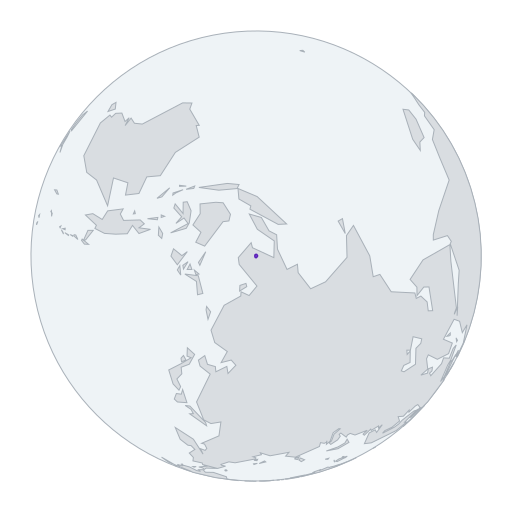 Kâmpóng Chhnang highlighted on a globe, orthographic projection, rotated 169°
{"feature_id": "KHM-1785", "entity_name": "Kâmpóng Chhnang", "entity_type": "Province", "adm_level": 1, "iso_a3": "KHM", "parent_name": "Cambodia", "parent_adm1": "", "projection": "orthographic", "projection_center": [104.594, 12.169], "detail": "fine", "context": "on_globe", "style": "filled", "palette": "violet", "viewbox_px": 512, "rotation_deg": 169, "n_neighbors": 0, "source": "natural_earth", "source_scale": "10m", "svg_char_len": 9750}
<svg xmlns="http://www.w3.org/2000/svg" viewBox="0 0 512 512"><g transform="rotate(169 256 256)"><circle cx="256" cy="256" r="225" fill="#eef3f6" stroke="#a8b0b8"/><path d="M465.5,328.4L465.1,330.0L465.5,328.4ZM359.6,55.9L360.1,56.4L368.2,61.2L360.7,57.0L381.1,70.2L387.1,76.6L375.7,66.7L371.1,63.8L372.9,66.4L368.5,64.1L366.9,64.3L361.5,61.6L355.3,56.8L351.6,55.1L353.2,57.2L348.7,56.3L347.0,53.4L339.1,51.7L327.2,45.0L327.0,42.3L315.9,38.8L338.1,46.2L359.6,55.9ZM375.1,65.6L373.5,64.2L376.5,66.4L375.1,65.6ZM367.6,64.8L369.5,66.1L367.8,65.7L367.6,64.8ZM358.1,61.4L354.9,60.7L357.1,60.5L358.1,61.4ZM352.4,59.8L344.8,59.1L348.2,61.5L334.3,54.8L345.3,57.3L347.4,56.4L348.9,58.2L352.4,59.8ZM327.8,51.5L325.0,50.8L326.7,50.7L327.8,51.5ZM310.2,37.3L303.4,35.8L302.4,35.7L298.6,34.8L310.2,37.3ZM287.3,32.9L286.4,32.8L284.9,32.6L284.6,32.5L287.3,32.9ZM291.4,33.5L292.9,33.8L290.2,33.3L294.7,34.1L289.9,33.4L287.3,32.9L291.4,33.5ZM274.1,31.5L273.8,31.4L274.1,31.5ZM287.5,33.2L295.5,34.4L295.8,34.5L287.5,33.2ZM271.8,31.3L273.0,31.4L271.2,31.2L271.8,31.3ZM282.5,32.5L285.3,32.8L285.6,32.9L282.5,32.5ZM273.1,31.5L271.6,31.3L273.7,31.4L273.1,31.5ZM277.3,31.9L277.0,32.0L275.4,31.6L278.5,32.0L277.3,31.9ZM282.3,32.5L283.3,32.7L281.1,32.4L282.3,32.5ZM266.0,31.4L263.5,30.9L268.2,31.1L270.0,31.5L266.0,31.4ZM77.8,118.2L77.6,119.1L76.2,121.5L69.3,130.6L62.0,148.2L68.1,141.4L68.6,153.1L73.6,156.1L87.9,138.5L79.9,133.1L85.6,123.4L97.7,120.0L105.7,126.1L108.2,122.6L109.0,112.2L116.9,107.6L110.0,108.3L108.3,112.4L104.0,113.2L105.2,109.6L108.0,107.9L107.3,105.1L94.4,114.9L91.3,120.2L85.8,118.8L80.1,127.6L76.4,130.5L84.7,116.7L88.5,112.5L98.8,97.5L94.3,101.6L84.2,116.4L84.7,114.6L78.5,121.4L83.6,114.8L95.7,98.6L94.7,98.7L94.5,98.9L115.9,79.5L115.4,80.0L122.7,75.0L122.9,75.7L134.3,68.4L136.0,68.0L128.8,72.3L123.9,76.0L125.5,79.3L128.3,78.3L135.6,73.6L135.1,75.5L141.9,70.6L147.1,71.2L146.6,66.6L155.1,62.0L162.9,60.0L165.6,57.9L153.0,61.5L148.1,63.8L143.9,66.9L130.4,73.8L128.0,74.0L141.9,64.5L140.0,64.2L151.6,57.9L178.5,50.6L185.4,51.1L178.7,60.7L172.2,62.6L171.3,59.8L164.2,66.3L168.6,63.8L168.2,65.8L176.2,62.8L176.4,64.2L183.9,59.4L184.9,60.7L180.1,63.7L193.0,61.4L197.4,63.9L200.3,62.9L202.0,61.0L206.5,66.0L208.4,65.1L207.7,63.0L211.0,59.9L218.6,56.8L219.8,58.6L217.2,60.0L213.4,66.2L206.3,70.3L207.5,70.8L214.0,67.8L218.6,60.1L222.8,57.7L221.6,61.1L222.4,59.7L224.8,59.1L228.3,60.5L230.1,56.9L255.8,51.0L265.1,53.9L261.1,57.0L280.3,57.2L289.3,62.0L288.6,59.9L297.3,59.5L294.6,57.9L294.9,56.9L316.0,57.0L321.9,59.1L330.2,58.1L329.8,57.2L326.0,55.5L334.3,54.8L348.2,61.5L348.3,63.1L357.0,66.9L355.9,70.2L359.1,75.3L352.9,77.8L355.9,82.2L359.0,83.3L365.4,90.6L368.0,103.1L352.4,88.1L345.8,71.6L347.3,77.5L343.0,74.9L341.0,76.5L342.4,81.2L345.1,82.5L326.7,86.5L322.1,99.8L332.2,100.1L338.6,105.2L342.2,124.1L323.5,148.8L331.9,158.6L332.4,164.8L325.3,168.0L324.3,158.9L317.0,155.2L317.5,150.0L305.7,153.2L305.9,146.0L296.6,152.6L300.2,158.6L310.6,158.0L302.4,167.7L313.0,178.9L314.3,191.8L296.7,213.7L278.6,219.6L277.5,223.7L270.3,218.5L260.8,226.3L274.1,250.9L273.7,257.8L258.2,270.0L257.9,264.8L238.8,251.0L235.2,267.3L249.6,282.0L254.6,298.5L243.4,292.8L238.4,278.2L231.7,272.9L233.6,258.6L228.1,236.9L216.9,240.0L217.8,231.6L208.6,213.4L192.6,217.4L166.9,237.3L163.3,258.8L154.5,267.4L144.3,234.4L144.9,213.3L137.9,214.3L130.1,195.1L107.1,189.4L106.8,183.8L101.8,185.2L96.8,178.3L97.4,169.3L93.0,168.6L92.1,192.6L97.2,193.5L105.5,186.4L104.0,194.7L109.2,203.6L92.8,220.3L63.5,230.2L65.7,213.8L69.2,166.8L71.9,162.4L72.1,161.9L72.5,160.9L67.7,167.7L70.0,159.0L62.7,190.2L59.3,203.2L63.0,231.0L61.5,233.1L64.2,239.5L78.9,237.8L77.9,243.1L67.9,265.7L51.9,293.7L56.9,317.5L60.6,336.7L57.0,346.0L63.9,361.4L63.0,364.8L67.2,373.2L70.2,380.7L72.7,386.6L71.4,385.1L62.8,371.8L55.1,357.9L48.4,343.5L42.8,328.7L38.2,313.5L34.7,298.0L32.3,282.3L31.0,266.5L30.8,250.6L31.7,234.8L33.8,219.0L36.9,203.5L41.2,188.2L46.5,173.2L52.8,158.7L60.2,144.6L68.5,131.1L77.8,118.2ZM109.1,143.1L117.2,146.8L122.4,134.1L125.9,134.8L126.4,130.5L122.7,133.3L125.1,122.1L131.8,120.4L135.3,115.5L132.8,114.1L120.1,119.3L116.6,134.9L110.9,138.8L109.1,143.1ZM143.6,60.8L144.2,60.5L141.5,62.0L140.6,62.7L135.9,65.4L123.1,74.3L118.8,77.4L119.3,76.9L143.6,60.8ZM177.7,44.8L177.4,44.9L174.8,45.8L177.7,44.8ZM251.9,30.8L254.3,30.7L249.0,30.9L251.0,31.0L247.9,31.6L239.2,32.2L242.1,32.3L239.9,33.1L232.8,34.1L235.0,33.1L225.6,35.1L224.4,34.4L223.4,34.7L219.7,34.8L213.5,35.6L214.0,35.3L211.4,35.8L208.9,36.1L205.4,36.8L205.1,36.6L200.9,37.6L203.2,37.0L195.9,38.9L200.6,37.6L217.5,34.0L234.7,31.7L251.9,30.8ZM266.6,31.0L264.7,30.9L266.6,31.0ZM264.3,30.9L265.9,31.0L263.0,30.9L263.6,31.1L260.2,31.0L264.9,31.6L254.8,31.7L249.2,31.7L257.1,30.8L256.0,30.7L257.5,30.7L264.3,30.9ZM78.9,118.7L78.6,119.8L79.1,120.3L75.2,125.0L78.9,118.7ZM86.9,107.6L87.3,107.6L82.0,113.7L82.4,112.9L86.9,107.6ZM91.9,102.6L87.7,107.1L90.2,104.2L91.9,102.6ZM129.6,72.2L130.5,72.2L128.8,73.4L126.3,74.9L129.6,72.2ZM204.6,42.1L206.8,41.0L208.1,40.8L215.6,38.7L217.1,39.4L213.2,41.0L204.6,42.1ZM84.0,140.8L80.0,143.4L80.4,141.2L81.7,140.7L84.0,140.8ZM75.4,133.6L75.2,137.5L74.3,134.8L75.4,133.6ZM207.5,42.5L210.4,41.4L209.3,42.5L207.5,42.5ZM218.6,39.9L218.1,40.9L218.2,39.3L218.6,39.9ZM169.2,446.8L173.9,449.3L170.8,449.0L169.2,446.8ZM79.9,340.7L83.7,372.0L78.2,370.2L72.8,359.8L68.4,340.2L73.4,336.6L74.6,328.3L79.9,340.7ZM311.1,337.9L317.8,339.0L317.6,340.0L311.1,337.9ZM304.2,334.2L311.9,334.8L302.8,336.4L304.2,334.2ZM314.9,335.0L322.7,333.2L326.1,331.6L325.4,333.7L314.9,335.0ZM299.0,334.2L270.3,332.7L259.0,329.4L261.7,325.8L280.0,327.7L299.0,334.2ZM260.8,325.7L243.5,314.1L219.8,281.6L228.2,282.8L253.0,303.1L251.5,306.2L261.9,315.2L260.8,325.7ZM302.7,308.2L301.0,317.8L285.2,316.4L278.1,314.5L273.1,301.8L275.9,295.6L281.8,296.0L304.5,275.5L312.5,281.0L305.5,289.8L312.0,298.5L302.7,308.2ZM164.1,261.0L168.7,274.6L164.0,276.2L164.1,261.0ZM313.7,260.7L304.5,269.8L312.9,257.6L313.7,260.7ZM318.5,249.1L319.2,253.9L315.4,249.2L318.5,249.1ZM277.4,230.2L271.1,231.0L270.9,227.7L278.8,224.7L277.4,230.2ZM315.2,203.0L315.3,212.7L314.1,215.9L311.2,209.9L315.2,203.0ZM224.2,51.2L212.1,52.9L204.4,55.5L201.5,58.8L200.3,55.3L212.3,51.2L224.2,51.2ZM251.8,50.6L254.2,48.3L256.6,49.3L256.4,50.0L251.8,50.6ZM250.8,49.2L247.2,46.7L250.8,45.5L252.9,47.7L250.8,49.2ZM226.9,43.3L223.2,43.6L224.2,42.7L226.9,43.3ZM413.2,414.1L413.5,415.0L407.1,421.1L399.2,427.6L393.7,430.4L413.2,414.1ZM364.1,433.5L366.1,427.1L373.7,426.1L368.6,432.0L364.1,433.5ZM418.5,409.1L424.3,402.5L428.7,395.0L425.4,401.6L427.3,401.1L414.7,414.2L418.5,409.1ZM342.4,407.2L298.8,420.3L289.7,418.4L293.0,412.8L286.8,395.1L289.8,395.5L289.1,383.5L315.4,373.1L334.6,353.1L348.1,354.5L359.0,339.7L372.5,340.7L367.8,352.3L381.0,359.8L392.1,333.6L398.0,361.0L406.2,370.4L405.9,387.3L383.4,416.3L372.5,422.2L371.3,419.8L366.5,422.8L360.4,421.9L358.9,413.0L354.1,415.9L359.6,409.0L352.3,415.2L350.0,409.5L342.4,407.2ZM438.2,354.4L439.6,354.9L441.1,359.4L438.9,358.8L438.2,354.4ZM461.7,335.0L461.7,337.1L460.5,338.0L461.7,335.0ZM465.0,330.2L463.5,331.6L465.5,328.4L465.0,330.2ZM448.4,337.3L448.9,338.9L448.2,339.6L448.4,337.3ZM447.9,336.8L449.1,333.9L448.6,336.7L447.9,336.8ZM441.8,322.7L442.9,321.1L443.2,322.2L441.8,322.7ZM327.7,339.4L337.1,332.0L342.2,331.5L327.7,339.4ZM440.6,319.7L438.0,319.7L438.4,318.2L440.6,319.7ZM440.9,316.2L440.8,314.2L442.1,319.0L440.9,316.2ZM436.2,311.9L439.2,315.4L435.8,312.4L436.2,311.9ZM434.3,312.5L432.0,311.0L432.2,310.4L434.3,312.5ZM406.8,316.6L415.6,328.8L408.1,328.7L400.0,321.2L393.0,328.6L377.4,327.6L381.2,323.1L379.2,316.2L362.8,313.5L359.5,308.9L365.5,306.0L354.5,302.3L366.6,300.4L371.4,309.6L378.1,302.4L389.6,304.2L400.4,307.1L408.9,313.8L406.8,316.6ZM366.4,320.6L368.4,320.7L366.5,323.4L366.4,320.6ZM427.7,306.2L431.0,310.5L430.5,311.6L428.9,311.0L427.7,306.2ZM410.9,312.2L420.2,304.3L422.3,304.4L416.1,313.2L410.9,312.2ZM418.1,299.4L422.2,300.4L424.3,304.6L423.4,305.8L418.1,299.4ZM341.7,311.9L341.2,314.4L338.1,312.4L341.7,311.9ZM345.9,310.4L355.4,313.3L345.0,312.6L345.9,310.4ZM316.5,300.8L319.4,307.0L328.4,303.3L321.5,308.7L327.5,318.8L325.4,322.6L319.5,311.6L317.2,322.7L313.2,322.4L311.1,312.8L315.2,301.2L319.2,296.5L335.4,295.0L316.5,300.8ZM345.8,303.0L343.3,295.9L345.2,291.2L347.9,295.0L345.8,303.0ZM335.6,278.8L328.7,270.5L322.6,273.4L334.9,262.4L339.5,272.1L335.6,278.8ZM329.6,260.8L323.8,263.4L329.7,257.0L329.6,260.8ZM322.3,260.7L321.5,255.0L326.1,255.9L322.3,260.7ZM332.6,261.1L333.5,251.6L335.9,257.3L332.6,261.1ZM319.3,242.4L329.3,251.9L316.4,247.6L315.3,229.4L320.8,229.1L319.3,242.4ZM346.2,172.2L344.6,167.3L349.3,166.4L349.1,170.0L346.2,172.2ZM363.4,160.8L350.1,164.6L339.1,168.5L342.8,170.9L340.9,179.0L335.0,171.1L342.2,162.5L350.7,161.1L351.3,154.5L357.1,150.4L354.9,142.2L357.2,139.0L361.8,146.2L363.4,160.8ZM353.5,138.9L351.8,125.2L361.0,127.7L363.5,131.2L360.4,136.2L355.7,134.6L353.5,138.9ZM354.0,122.8L349.5,121.3L337.2,102.1L336.9,98.8L351.2,113.7L347.6,113.2L349.0,117.8L354.0,122.8ZM326.2,51.9L325.1,50.9L327.6,51.9L326.2,51.9ZM293.2,56.1L294.1,54.9L297.0,55.8L293.2,56.1ZM298.1,52.5L294.2,52.2L297.8,51.7L298.1,52.5ZM285.7,52.0L292.5,51.7L286.7,53.2L285.7,52.0Z" fill="#d9dde1" stroke="#a8b0b8" stroke-width="1"/><path d="M254.5,256.2L254.4,255.9L254.5,255.7L254.8,255.5L254.8,255.4L255.0,255.4L255.1,255.2L255.2,254.9L255.3,254.7L255.5,254.6L255.8,254.5L255.9,254.4L256.0,254.3L256.3,254.3L256.7,254.5L256.9,254.6L256.9,254.8L257.0,255.0L257.2,255.3L257.1,255.5L257.2,255.9L257.2,256.0L257.1,256.3L257.1,256.5L257.0,256.8L256.9,257.1L256.7,257.1L256.7,257.3L256.4,257.4L256.1,257.5L255.9,257.6L255.7,257.7L255.4,257.5L255.2,257.5L255.1,257.4L254.9,257.3L254.9,257.2L254.8,256.9L254.7,256.8L254.7,256.7L254.5,256.4L254.5,256.2Z" fill="#8b5cf6" stroke="#5b21b6" stroke-width="1.5"/></g></svg>